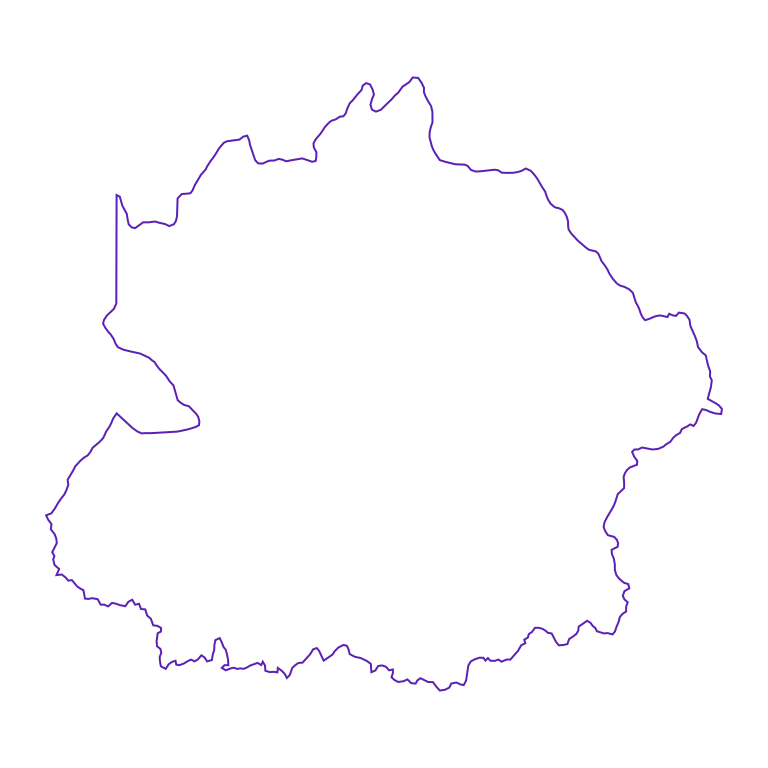 Mumias East, Western, Kenya (Robinson projection)
{"feature_id": "3690345B49414507598309", "entity_name": "Mumias East", "entity_type": "district", "adm_level": 2, "iso_a3": "KEN", "parent_name": "Kenya", "parent_adm1": "Western", "projection": "robinson", "projection_center": [34.565, 0.336], "detail": "fine", "context": "isolated", "style": "outline", "palette": "violet", "viewbox_px": 768, "rotation_deg": 0, "n_neighbors": 0, "source": "geoboundaries", "source_scale": "gbopen_adm2", "svg_char_len": 6068}
<svg xmlns="http://www.w3.org/2000/svg" viewBox="0 0 768 768"><path d="M558.8,645.3L563.3,645.0L567.4,644.1L569.1,639.1L573.2,636.4L576.6,633.7L578.3,630.5L578.7,626.6L587.1,620.8L590.4,622.7L592.6,625.8L595.2,627.9L596.9,631.2L603.8,633.4L607.7,633.1L612.5,634.4L615.0,631.4L616.5,626.8L618.7,621.7L619.8,617.1L622.6,613.8L626.1,611.5L626.2,606.5L627.7,602.2L624.4,599.4L622.8,595.8L624.4,591.2L629.3,588.3L628.3,584.1L624.3,582.9L621.7,580.9L619.1,578.6L616.4,575.1L614.9,570.3L614.8,564.1L613.7,558.2L611.9,554.0L611.6,549.8L617.6,546.8L618.1,543.3L617.0,540.0L614.2,536.9L607.9,535.2L605.1,531.0L603.6,526.8L604.7,521.8L607.5,516.5L613.4,506.5L615.3,501.9L617.7,494.2L624.1,488.1L624.1,482.2L623.6,477.1L624.8,473.4L626.9,470.1L629.6,467.6L637.0,464.7L637.2,460.8L634.2,456.7L632.1,452.0L634.3,449.5L638.3,449.4L642.0,447.5L652.5,449.5L658.1,448.9L663.2,446.7L666.5,444.1L670.2,441.9L673.3,437.7L676.2,435.1L680.0,433.0L681.9,429.0L686.9,426.6L690.4,424.4L693.5,426.0L696.0,422.9L699.2,414.4L702.1,409.2L705.8,409.9L709.9,411.8L715.4,413.5L721.2,414.0L721.9,408.9L719.0,405.5L715.9,403.4L707.7,398.8L710.8,387.6L711.8,380.3L709.9,376.4L710.2,371.5L708.1,365.6L705.7,355.3L702.0,352.3L698.0,347.0L696.7,340.8L694.9,336.1L690.4,326.0L689.5,319.7L686.9,315.8L684.6,313.5L678.9,312.6L676.0,315.9L672.6,315.3L669.2,313.8L667.5,317.0L659.9,315.4L655.6,316.2L649.1,318.9L645.1,320.2L642.6,317.4L640.7,313.4L639.5,309.7L638.1,306.4L635.8,302.3L632.9,292.9L629.2,289.3L624.5,286.9L620.1,285.6L616.7,283.3L613.1,279.2L609.5,273.9L607.5,269.6L604.9,265.6L601.7,261.4L598.4,253.8L595.9,251.4L589.1,249.8L585.8,247.5L577.5,240.3L571.0,233.2L568.6,229.5L568.1,225.7L568.1,221.7L566.9,217.1L565.0,213.1L562.8,210.1L559.4,208.4L554.9,207.3L550.7,203.8L548.2,199.9L546.7,196.4L545.1,191.5L542.0,186.9L537.4,178.9L534.5,174.9L530.8,170.8L525.8,168.5L521.7,170.8L517.6,172.1L513.0,172.8L507.6,172.9L501.7,172.7L498.3,170.3L494.6,169.7L480.5,171.3L475.5,171.5L471.1,170.0L467.5,165.8L464.5,164.6L455.6,164.3L445.6,161.9L439.8,160.1L434.8,152.5L433.1,149.4L431.8,146.1L429.5,137.3L429.7,131.9L431.0,126.5L432.5,122.4L432.4,111.8L431.1,106.1L427.8,100.7L425.5,96.2L423.9,92.2L424.0,87.8L421.5,82.7L418.1,77.9L412.7,77.5L409.2,82.2L402.5,86.7L398.2,92.7L395.2,95.2L392.0,98.9L380.7,109.9L375.9,111.6L371.9,109.6L370.5,104.7L371.9,99.4L373.9,94.7L372.9,90.3L370.2,84.6L366.2,83.1L362.7,85.6L361.6,89.9L357.7,94.1L352.8,100.2L349.6,103.5L347.3,108.5L345.7,113.4L343.4,116.3L340.0,116.6L335.6,119.4L331.3,120.8L328.3,123.3L324.8,127.2L320.4,133.9L317.7,136.9L315.6,139.5L313.5,143.3L313.8,147.4L316.4,152.2L316.3,157.0L315.7,160.9L312.3,161.8L302.3,158.4L291.6,160.2L286.2,161.3L282.5,159.7L278.7,158.9L274.4,160.5L269.1,160.7L262.4,163.6L258.2,163.4L255.2,160.2L250.0,144.8L249.2,140.3L247.2,135.7L243.3,136.6L239.4,139.6L227.4,141.2L224.0,142.6L221.3,145.6L218.4,149.3L216.0,153.5L213.4,157.4L210.4,161.3L207.2,166.3L205.7,169.4L201.0,174.7L194.9,184.9L192.5,190.5L190.4,193.2L186.7,193.7L181.8,194.0L177.6,198.4L177.0,216.2L176.0,220.8L174.0,224.1L169.3,226.1L164.9,224.0L159.3,222.8L155.6,221.6L152.5,221.8L149.0,222.3L143.2,222.3L135.2,228.1L131.7,227.4L128.7,224.3L127.5,218.7L126.8,213.9L122.4,205.8L119.8,196.7L116.6,195.0L116.3,303.6L113.9,308.9L106.8,315.6L103.9,320.1L103.1,323.7L105.3,327.8L108.5,332.1L110.8,334.6L113.7,339.1L115.7,344.0L117.9,347.2L123.7,349.8L131.6,351.7L140.0,353.5L148.9,357.6L151.7,360.1L154.6,362.1L156.6,365.3L159.2,368.8L166.0,375.7L169.7,381.4L173.5,385.5L177.7,400.2L180.8,402.8L184.0,404.9L188.8,406.2L196.1,413.7L198.2,416.8L199.4,421.3L199.0,425.2L195.8,426.9L192.1,428.1L187.4,429.5L177.4,431.6L152.1,433.1L145.4,433.1L141.8,433.4L137.6,431.6L132.6,428.1L116.7,413.4L113.1,418.6L111.0,423.7L109.2,427.1L106.2,431.5L103.2,438.0L99.6,441.9L92.6,447.8L90.4,452.0L87.6,455.5L84.7,457.1L80.7,460.4L75.2,466.4L73.4,470.1L67.6,479.7L68.3,484.9L66.3,490.4L64.2,494.7L60.9,498.8L57.8,503.4L55.0,508.3L51.3,513.4L46.1,515.3L48.3,519.9L51.5,524.1L50.8,529.2L54.7,534.3L56.3,538.7L56.8,543.1L52.2,552.2L54.4,556.0L53.2,559.3L54.5,564.9L59.1,569.0L56.5,575.1L61.8,574.5L65.6,577.5L68.3,580.6L71.9,580.1L77.2,586.5L80.2,588.5L83.4,590.2L85.0,598.6L88.5,598.9L92.3,598.2L97.7,599.2L100.7,604.7L104.3,604.7L108.2,606.4L112.0,602.9L115.9,603.7L120.2,605.2L125.3,606.2L128.4,601.8L132.2,599.7L135.1,604.7L139.0,603.8L141.0,609.0L145.3,609.4L147.1,615.5L150.9,618.8L153.2,625.3L157.5,625.9L161.1,628.0L160.9,631.6L157.7,633.2L156.6,641.1L157.0,646.2L160.4,648.9L161.3,652.7L159.7,657.0L159.9,661.0L160.8,666.2L165.7,668.9L168.6,664.3L172.2,661.8L175.5,660.8L176.2,664.6L179.3,665.2L184.2,663.4L187.6,661.2L191.0,659.6L194.6,661.4L198.0,659.3L201.4,655.3L204.5,657.4L207.1,661.4L211.9,660.0L212.8,654.3L214.2,650.0L214.4,645.0L215.4,640.1L219.7,638.1L221.8,642.4L223.5,647.0L225.7,649.6L226.9,654.0L228.1,659.9L228.3,665.2L224.5,665.2L221.8,667.9L225.8,670.3L230.4,668.5L233.8,667.7L237.2,668.9L240.3,668.4L243.7,668.8L246.7,667.6L250.3,665.5L257.6,662.9L261.2,665.1L262.8,661.7L265.0,665.5L265.4,670.8L269.9,672.1L273.6,671.8L277.4,672.3L277.8,667.9L281.6,670.7L284.7,673.8L286.9,678.0L289.8,675.0L292.3,667.8L295.6,664.9L298.4,663.0L302.6,662.6L309.9,654.5L313.2,649.3L316.8,648.1L319.0,650.7L323.7,660.6L332.5,654.6L334.6,651.3L338.4,647.5L343.6,644.9L346.9,645.8L348.5,649.3L349.7,654.1L354.9,656.8L360.5,658.0L366.8,660.9L370.8,663.9L371.4,672.2L375.3,670.5L378.2,666.0L382.1,665.4L386.0,666.8L389.1,670.3L392.9,669.5L392.9,673.1L391.5,677.2L394.3,679.9L398.3,682.0L403.6,681.2L407.4,679.4L411.1,683.1L415.6,683.6L417.3,680.5L420.4,678.2L428.2,682.0L432.9,682.1L436.6,687.0L439.8,690.5L444.9,689.8L449.3,687.6L451.2,683.6L456.3,682.5L460.6,684.5L463.7,685.1L466.1,680.5L468.3,665.6L470.8,661.4L474.8,659.3L479.5,657.7L483.4,657.8L485.4,660.6L487.9,658.1L490.4,660.7L494.5,660.9L498.5,659.6L501.5,661.7L506.7,659.5L510.3,659.6L518.0,650.9L521.2,645.3L525.3,643.2L524.3,639.7L527.8,637.6L528.8,634.1L531.9,632.0L535.0,627.8L538.8,627.8L542.4,628.8L545.5,630.7L548.0,632.9L551.6,633.4L556.1,642.0L558.8,645.3Z" fill="none" stroke="#5b21b6" stroke-width="2"/></svg>